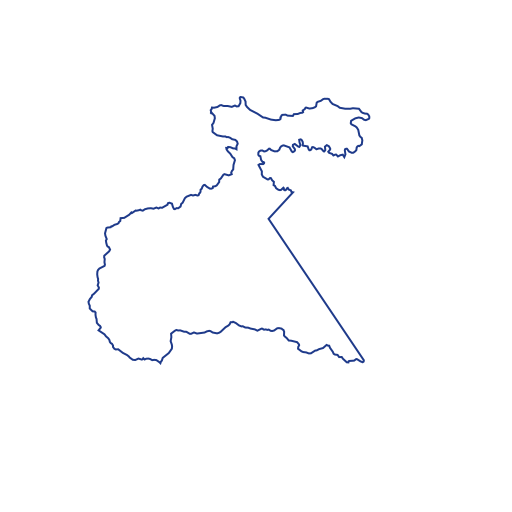 Talamanca, Limón, Costa Rica (Natural Earth projection), rotated 326°
{"feature_id": "36466004B17277375937001", "entity_name": "Talamanca", "entity_type": "district", "adm_level": 2, "iso_a3": "CRI", "parent_name": "Costa Rica", "parent_adm1": "Limón", "projection": "natural_earth1", "projection_center": [-83.039, 9.422], "detail": "fine", "context": "isolated", "style": "outline", "palette": "blue", "viewbox_px": 512, "rotation_deg": 326, "n_neighbors": 0, "source": "geoboundaries", "source_scale": "gbopen_adm2", "svg_char_len": 6129}
<svg xmlns="http://www.w3.org/2000/svg" viewBox="0 0 512 512"><g transform="rotate(326 256 256)"><path d="M273.1,395.9L273.9,395.1L274.5,395.1L278.8,397.6L281.5,397.5L282.1,398.1L283.7,401.8L285.0,403.7L286.2,403.7L287.1,402.7L287.2,232.2L322.3,223.9L321.2,222.7L321.6,221.1L320.3,219.2L320.4,217.3L319.4,217.2L318.2,217.9L316.8,217.8L316.2,216.6L317.0,215.4L316.9,214.7L313.7,215.2L312.7,214.8L311.6,213.6L310.6,211.1L310.9,208.5L310.2,207.1L312.3,204.5L311.7,202.3L311.9,199.8L311.3,199.2L309.2,199.5L308.4,199.0L306.1,194.2L306.4,191.6L308.2,189.1L309.0,181.9L310.5,181.9L313.4,183.8L314.4,183.7L314.9,183.3L314.9,182.4L314.0,181.7L314.0,179.1L315.4,175.7L314.5,174.6L314.5,173.4L315.7,171.7L316.8,171.1L318.6,171.1L320.2,172.0L321.2,173.9L322.6,174.5L324.2,174.7L326.8,174.3L327.4,174.7L327.8,176.6L329.8,179.5L332.2,181.1L334.8,180.9L336.3,179.8L337.9,179.2L339.7,179.3L340.9,179.8L344.5,184.7L344.1,189.4L344.6,190.5L346.5,190.6L347.5,190.1L348.0,189.1L347.8,185.6L348.8,184.5L350.8,184.8L352.2,188.9L352.9,189.8L354.8,189.0L355.6,186.2L356.8,183.8L358.3,184.3L358.7,185.2L358.6,187.2L357.9,188.8L356.8,190.1L356.7,190.8L360.1,194.0L359.3,197.1L359.4,198.2L360.1,198.6L361.3,198.6L363.4,197.2L364.1,197.5L365.0,198.9L365.8,201.3L368.3,202.0L369.7,203.0L370.2,203.9L370.6,207.1L371.1,207.5L372.7,206.9L374.3,203.9L376.7,203.7L377.8,205.8L377.6,208.4L377.0,209.2L374.2,210.0L374.3,211.4L376.2,213.9L376.4,215.9L378.5,216.3L379.2,216.8L379.6,219.3L382.3,219.6L384.6,220.5L384.5,223.4L387.0,221.7L388.7,218.1L389.5,217.3L390.8,217.5L391.4,218.0L391.5,221.4L393.2,224.1L394.5,224.8L396.9,224.7L398.4,224.3L400.2,222.3L401.3,221.9L402.4,221.9L403.1,222.7L406.1,222.6L408.8,219.6L409.7,217.2L409.2,215.7L409.1,213.9L411.3,208.6L411.4,205.8L410.9,204.1L408.7,200.1L408.8,198.9L410.5,197.1L415.3,197.4L418.6,198.6L420.9,200.9L421.8,203.5L423.0,204.8L426.3,205.4L427.1,205.0L428.0,203.5L428.1,201.4L427.6,200.1L426.0,198.9L424.5,197.0L423.9,195.7L423.7,191.5L419.0,187.7L416.4,186.6L412.3,183.8L408.3,179.9L407.5,177.4L404.5,172.8L404.0,169.7L404.2,166.8L403.5,165.9L400.8,164.0L399.4,163.5L396.5,163.6L393.4,162.7L392.1,162.8L389.5,165.5L387.9,165.6L385.7,165.1L382.8,163.7L380.5,160.9L379.9,160.8L378.5,161.5L376.1,161.5L375.5,163.1L374.5,163.1L372.8,162.2L370.0,161.6L366.7,159.6L364.9,160.5L360.7,157.3L359.6,155.4L356.7,153.7L355.6,153.8L354.7,154.6L353.8,154.7L353.1,156.0L352.4,156.2L351.1,156.0L348.3,154.5L344.7,151.3L341.0,146.5L339.3,145.1L336.8,138.9L332.8,131.6L331.9,127.4L331.9,125.0L333.7,122.1L334.2,118.9L334.1,117.5L332.9,116.3L332.0,115.5L331.2,115.6L330.6,116.4L330.0,118.6L328.5,120.5L325.3,122.1L323.6,121.2L322.7,119.5L319.3,118.8L316.5,115.9L312.9,113.4L311.6,111.5L310.3,110.9L307.4,110.9L304.1,109.6L302.5,108.3L301.5,109.3L300.0,109.8L299.4,111.4L298.6,112.2L298.7,112.7L299.4,112.8L300.0,116.6L298.9,118.8L295.2,121.9L292.9,122.7L291.3,126.3L289.7,128.1L289.4,129.1L291.2,134.1L295.4,138.4L297.4,139.7L298.1,141.0L299.5,141.9L300.7,143.6L301.5,145.8L303.8,148.2L304.3,150.5L303.6,152.7L301.2,154.1L299.5,156.6L298.7,155.1L297.2,154.0L295.7,151.6L293.9,150.0L293.5,150.0L292.8,150.6L291.8,149.8L291.2,151.2L291.2,153.5L291.9,156.8L291.8,160.9L292.6,162.8L292.1,164.8L288.3,167.9L285.5,171.5L283.7,172.0L282.1,173.0L281.6,174.6L278.5,173.9L275.6,170.5L274.4,170.4L270.1,172.1L268.3,172.1L266.8,174.1L262.9,175.5L261.3,175.4L259.2,174.4L258.1,175.5L256.6,175.2L255.4,174.3L254.0,171.2L253.3,168.4L252.3,168.0L250.5,168.5L248.6,169.9L247.2,170.0L245.9,171.7L245.0,172.3L244.1,172.3L242.4,173.5L241.4,173.2L239.9,171.4L237.6,170.6L236.3,169.0L231.6,168.0L229.4,168.3L225.0,170.8L223.1,171.0L221.1,172.8L218.2,172.9L216.9,171.9L214.9,171.8L214.3,171.1L214.6,168.7L215.6,165.6L214.0,163.4L212.5,163.0L211.3,164.0L205.1,163.5L203.6,162.2L201.8,162.1L200.5,160.1L197.5,159.5L195.6,157.6L193.0,156.1L190.0,155.1L187.5,155.1L186.3,153.8L186.0,152.9L184.4,152.5L182.2,151.6L181.7,151.0L177.1,151.0L177.0,150.2L174.0,150.9L168.1,150.7L164.9,148.9L163.0,151.1L161.4,151.2L160.4,151.9L159.0,151.9L156.1,151.0L153.4,151.0L152.7,150.5L151.6,150.9L148.6,149.3L147.6,149.2L143.5,152.8L142.5,155.0L141.7,158.5L140.2,159.3L139.2,161.4L138.3,164.0L138.3,165.2L139.0,166.4L138.6,169.1L136.9,170.0L130.4,170.9L129.4,172.1L128.9,173.9L126.9,176.4L125.9,178.7L124.9,179.5L119.2,178.8L117.4,179.2L115.9,180.1L114.1,182.4L112.8,185.0L112.3,186.7L111.2,188.1L110.6,190.0L108.3,191.8L108.1,194.3L107.3,195.3L100.6,196.7L98.1,196.9L97.0,198.0L94.2,198.8L91.5,200.3L90.7,202.2L90.4,204.2L88.8,206.6L89.6,210.5L91.2,211.8L91.4,213.1L90.0,215.1L88.9,217.5L88.6,219.0L86.7,222.4L87.0,225.2L87.6,226.7L87.5,228.2L87.2,228.6L83.9,229.6L86.6,236.2L86.7,238.7L87.5,241.6L87.5,243.6L86.8,245.5L86.9,247.1L87.5,248.2L87.4,250.3L86.6,251.4L86.7,253.7L87.4,255.0L89.6,256.3L91.4,261.8L93.7,266.0L94.5,268.5L94.4,269.3L95.8,273.1L97.7,274.7L101.2,275.3L103.4,278.0L104.2,278.2L105.4,277.7L105.8,279.5L107.6,279.8L109.5,280.9L110.7,282.3L111.7,284.3L113.6,285.2L115.2,286.6L116.6,290.2L116.8,291.4L118.1,290.4L119.4,290.1L121.7,288.3L129.4,287.7L134.4,285.8L135.9,284.0L136.7,282.3L137.6,278.9L140.4,276.0L142.2,272.9L146.9,272.6L148.6,272.8L149.8,274.2L151.6,275.3L154.0,278.5L155.9,279.9L157.6,283.5L158.7,284.2L161.8,284.7L163.7,287.3L170.6,290.7L173.1,291.0L175.4,291.9L176.3,292.9L177.3,295.2L180.5,298.4L182.5,299.0L184.3,299.1L190.9,298.0L194.1,298.2L195.9,297.9L197.9,296.7L199.4,297.7L200.2,297.7L201.8,300.3L203.1,304.1L204.6,306.3L205.7,306.8L207.1,309.3L209.4,311.0L210.9,313.1L214.0,316.2L215.4,318.7L220.0,319.3L220.8,320.0L221.1,321.1L221.5,321.6L223.0,322.3L224.2,323.7L225.4,324.1L226.3,326.2L227.4,327.2L229.3,327.9L233.2,327.8L234.7,328.6L236.6,330.5L236.9,331.8L237.4,332.6L237.0,334.5L234.8,337.5L234.8,338.5L235.6,341.3L235.9,344.4L237.7,345.8L241.9,350.4L242.2,353.4L241.8,354.2L240.3,354.9L239.0,356.4L240.4,360.5L241.4,362.0L243.7,364.0L245.3,366.3L247.1,367.4L252.2,367.5L253.5,368.2L256.3,368.5L260.1,369.8L264.8,369.2L265.5,370.5L266.5,371.3L266.0,373.5L266.1,378.4L265.7,380.5L266.3,381.8L268.3,383.6L268.4,386.3L270.6,387.7L270.6,389.7L271.8,394.9L273.1,395.9Z" fill="none" stroke="#1e3a8a" stroke-width="2"/></g></svg>